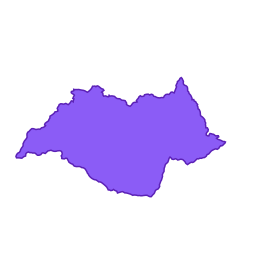 outline of Urubici, Santa Catarina, Brazil, rotated 199°
{"feature_id": "56859067B49185000150445", "entity_name": "Urubici", "entity_type": "district", "adm_level": 2, "iso_a3": "BRA", "parent_name": "Brazil", "parent_adm1": "Santa Catarina", "projection": "mercator", "projection_center": [-49.57, -28.063], "detail": "fine", "context": "isolated", "style": "filled", "palette": "violet", "viewbox_px": 256, "rotation_deg": 199, "n_neighbors": 0, "source": "geoboundaries", "source_scale": "gbopen_adm2", "svg_char_len": 5024}
<svg xmlns="http://www.w3.org/2000/svg" viewBox="0 0 256 256"><g transform="rotate(199 128 128)"><path d="M224.7,64.6L223.7,63.5L222.2,64.0L220.9,64.4L219.7,64.6L218.5,64.9L217.9,65.9L217.2,67.0L215.7,68.1L216.2,70.6L215.5,71.9L214.3,72.9L212.9,72.7L211.2,73.3L209.7,73.3L208.7,73.9L207.2,73.9L205.8,73.1L204.6,72.8L203.2,73.3L201.8,74.4L201.1,76.3L200.1,77.0L199.1,76.9L197.9,77.0L197.1,78.6L196.2,80.3L194.8,81.1L193.6,81.9L192.1,81.8L190.2,81.9L188.6,82.5L187.1,83.5L185.2,84.3L184.0,84.4L182.9,83.9L181.9,82.5L181.7,81.2L182.1,79.9L181.1,78.9L180.7,77.6L179.5,77.7L178.0,78.1L177.0,79.2L175.7,79.4L174.6,78.3L173.6,77.4L172.8,76.5L171.3,76.0L169.7,75.7L168.5,75.8L167.0,74.7L165.9,74.5L164.2,74.7L162.7,75.3L161.3,75.8L160.1,75.8L158.8,75.5L157.3,75.9L155.3,75.4L154.1,74.5L152.7,73.3L151.7,72.1L150.7,71.6L149.7,70.6L148.6,69.8L147.2,69.1L145.8,68.6L144.3,68.3L143.0,68.2L141.5,68.5L139.8,68.1L138.1,67.5L137.1,67.9L135.6,67.9L133.8,67.3L132.4,66.8L131.4,66.4L130.2,65.9L128.7,65.1L127.7,64.2L126.5,63.0L125.3,63.4L123.9,63.2L122.5,64.0L121.7,65.2L120.6,64.8L119.1,64.6L118.0,64.6L116.8,63.1L115.2,64.3L113.5,65.5L112.3,66.1L111.2,65.9L109.9,65.6L108.7,66.0L106.8,66.2L105.2,66.2L104.1,66.3L102.9,66.1L101.6,65.9L100.7,66.5L99.5,66.9L98.1,67.2L96.6,67.3L95.2,67.9L93.8,68.1L92.5,68.6L91.4,69.2L89.5,70.1L88.0,70.6L86.4,70.3L84.8,70.2L83.6,70.7L82.9,72.7L82.2,74.0L81.8,75.3L81.8,76.6L81.7,77.9L80.9,79.1L79.7,80.1L79.3,81.3L79.0,83.0L79.8,84.5L79.7,86.6L79.7,88.4L79.4,89.7L79.5,91.6L79.6,93.5L80.3,94.9L80.2,96.8L79.8,98.6L80.3,100.3L80.7,101.8L80.6,103.3L80.8,105.1L80.5,106.4L79.9,107.3L79.2,108.8L79.2,110.8L79.3,112.7L78.8,114.2L77.1,113.5L76.2,112.8L74.7,113.1L73.1,114.4L71.6,114.3L70.6,113.9L69.7,114.4L68.3,115.5L66.9,115.9L65.7,115.9L64.2,115.2L62.8,114.4L62.0,113.5L60.9,113.1L59.8,112.8L58.9,114.1L57.7,115.6L56.9,116.3L55.8,116.4L54.8,117.2L54.2,118.2L53.5,119.7L52.5,121.5L51.1,121.8L50.3,122.8L48.8,123.2L47.3,124.4L46.0,125.0L44.8,126.8L44.5,128.7L43.3,129.6L42.7,131.0L42.0,132.9L41.4,133.9L40.4,135.0L39.5,135.9L38.2,136.9L36.7,136.9L35.6,138.2L35.3,139.6L34.7,141.3L33.6,141.6L32.8,142.4L32.3,143.6L31.4,145.2L31.3,146.5L32.5,146.6L33.7,146.2L35.2,146.4L36.4,146.6L37.6,146.6L39.4,146.6L40.9,147.1L40.2,148.2L39.3,149.2L40.1,150.1L41.3,149.7L42.3,149.1L43.6,149.4L44.9,149.9L46.3,149.7L47.5,149.7L48.7,149.5L49.0,148.3L49.0,146.9L50.1,146.5L51.7,146.8L52.2,148.2L52.0,149.5L51.3,151.0L51.6,152.7L53.0,154.0L54.5,153.6L55.1,155.1L55.9,156.5L56.2,158.1L57.6,159.4L57.9,160.6L59.1,161.5L60.1,162.1L61.4,162.7L62.7,163.0L63.6,163.6L64.3,165.2L64.9,166.6L65.8,167.7L66.8,168.7L68.0,168.9L68.4,169.9L68.9,170.9L69.8,171.6L69.8,172.9L71.3,173.7L72.7,175.0L74.1,175.0L75.1,176.3L76.7,175.6L77.1,176.9L78.2,178.2L79.3,179.3L80.3,179.9L81.5,180.5L82.3,181.8L83.7,182.5L84.4,184.5L85.2,186.0L86.2,186.6L87.2,186.9L88.4,186.8L89.9,187.6L90.5,188.9L90.8,190.2L91.9,191.3L92.9,192.4L94.1,193.0L95.0,191.8L95.1,190.5L95.6,189.1L96.4,188.1L96.1,186.6L96.4,185.1L96.4,183.5L95.5,182.7L95.6,180.8L95.7,179.1L95.7,177.6L95.8,176.2L98.0,176.4L99.1,175.7L99.4,174.7L100.1,173.1L101.7,172.8L103.1,172.0L104.1,170.3L104.3,168.4L105.2,168.0L106.4,167.7L107.7,166.8L109.5,166.4L110.9,166.3L112.3,166.6L114.0,166.4L115.5,167.6L117.0,167.5L118.3,166.3L119.9,166.6L121.7,165.8L123.2,164.8L123.3,163.5L124.1,162.8L125.4,162.2L126.9,162.5L127.8,161.0L128.0,159.3L128.6,158.0L129.0,156.6L127.9,155.6L129.3,154.7L130.5,154.3L131.5,153.2L131.9,152.0L132.3,150.5L133.1,149.2L135.5,149.3L137.0,149.7L137.5,151.2L138.6,152.1L139.6,152.9L140.8,152.8L142.0,152.5L143.1,152.3L144.3,152.7L145.3,153.0L146.6,152.6L148.1,152.3L149.6,152.8L151.0,153.5L152.8,153.3L154.0,153.0L155.4,152.3L156.5,152.8L156.5,151.3L157.9,150.9L159.5,151.1L160.6,150.6L161.5,150.2L162.4,151.1L163.2,152.8L164.6,153.3L163.9,154.4L163.0,155.7L164.1,156.6L165.7,156.6L166.9,156.9L168.4,157.5L169.7,157.9L170.9,157.8L171.8,156.6L172.9,156.9L173.9,156.4L175.1,156.0L175.3,153.9L176.0,151.9L177.1,149.9L178.0,148.6L179.3,148.8L180.8,149.1L182.3,149.1L183.4,148.9L185.2,148.6L187.1,148.4L188.5,147.8L189.5,147.5L190.8,147.0L191.9,146.9L191.4,145.7L192.2,144.9L193.4,144.1L193.2,142.9L191.8,142.3L190.4,142.1L189.4,141.5L189.7,139.8L189.8,138.0L188.6,137.9L188.6,136.3L188.4,134.9L189.3,135.3L190.4,135.2L190.7,133.8L191.2,132.2L192.2,130.6L193.5,130.8L194.8,131.0L195.9,130.1L197.1,129.4L198.2,129.4L199.5,129.0L200.7,127.8L200.7,126.3L201.2,124.7L201.3,123.4L200.3,122.4L199.9,121.0L201.1,120.1L202.3,119.5L202.7,117.8L203.5,116.5L204.5,115.1L205.6,113.8L205.1,111.8L205.5,110.5L205.5,108.9L206.3,107.8L207.0,106.8L207.9,105.4L207.9,103.8L206.7,103.3L207.4,102.0L208.3,101.0L209.8,100.1L210.3,99.1L210.9,98.1L211.9,98.0L213.1,97.4L214.6,96.6L216.3,96.6L217.6,96.5L218.8,96.0L219.5,94.8L220.0,93.7L220.5,92.5L221.4,91.4L221.6,89.5L221.0,87.8L220.4,86.4L220.6,85.1L221.2,83.4L221.8,81.7L221.9,80.4L222.1,79.0L221.5,77.4L221.5,76.2L222.1,74.6L222.5,72.6L222.4,71.2L222.8,69.6L224.2,68.1L224.7,66.3L224.7,64.6Z" fill="#8b5cf6" stroke="#5b21b6" stroke-width="1.5"/></g></svg>